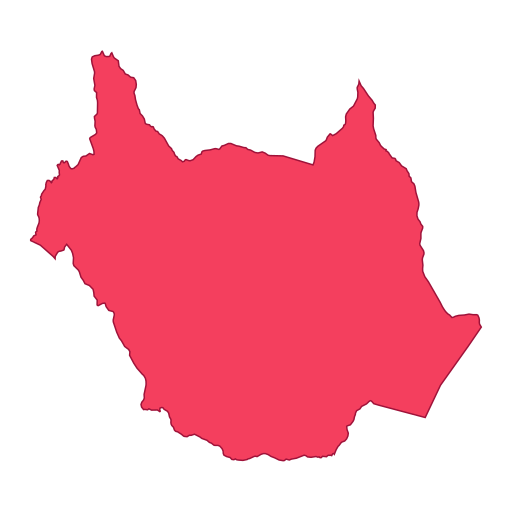 outline of Chambo, Chimborazo, Ecuador
{"feature_id": "8360857B64832470835751", "entity_name": "Chambo", "entity_type": "district", "adm_level": 2, "iso_a3": "ECU", "parent_name": "Ecuador", "parent_adm1": "Chimborazo", "projection": "equal_earth", "projection_center": [-78.546, -1.744], "detail": "fine", "context": "isolated", "style": "filled", "palette": "rose", "viewbox_px": 512, "rotation_deg": 0, "n_neighbors": 0, "source": "geoboundaries", "source_scale": "gbopen_adm2", "svg_char_len": 5934}
<svg xmlns="http://www.w3.org/2000/svg" viewBox="0 0 512 512"><path d="M428.4,281.8L424.8,276.7L422.7,271.3L422.6,268.8L422.9,265.2L422.3,259.9L422.5,257.9L423.9,254.2L424.0,252.9L423.5,250.7L420.0,245.2L419.7,243.7L420.9,238.5L420.9,233.4L421.1,232.3L422.7,228.0L422.7,226.4L420.9,224.1L420.0,221.7L418.0,219.1L416.9,215.7L417.0,212.3L418.1,209.0L418.8,205.6L418.9,204.0L418.7,202.1L415.9,192.4L414.9,186.2L413.9,183.8L411.5,181.7L411.0,178.6L410.7,177.6L409.2,176.4L408.9,173.6L407.0,170.7L406.2,168.7L401.6,165.9L399.2,162.6L396.0,160.7L395.6,159.2L394.9,158.4L392.1,157.9L389.1,153.7L388.8,152.9L387.3,151.4L385.9,150.8L386.1,149.6L384.2,149.0L381.3,146.3L380.4,145.2L379.2,142.7L376.3,139.2L375.9,138.2L375.8,135.4L373.7,129.0L373.1,125.9L373.4,118.3L373.1,112.4L373.5,111.0L375.2,108.2L375.3,105.0L373.8,103.2L372.1,100.3L368.3,95.8L363.5,88.5L361.1,85.7L359.1,81.1L358.8,84.2L357.2,87.4L357.2,88.8L357.9,92.5L357.7,97.0L357.3,98.8L353.5,106.1L349.8,109.0L346.3,114.0L345.6,116.8L345.8,120.7L345.6,123.2L345.2,124.3L344.7,124.8L343.9,125.1L343.5,126.8L342.5,128.2L336.2,133.7L332.7,135.6L330.5,133.9L330.0,133.9L327.3,137.2L326.4,139.7L325.7,140.8L317.8,146.3L316.1,148.1L315.2,150.2L315.0,156.7L314.1,162.1L313.0,164.9L283.1,155.9L269.8,155.6L268.0,155.2L265.3,153.2L262.2,151.9L258.0,153.0L254.8,152.4L250.6,150.1L247.7,149.4L245.9,147.7L244.0,147.6L239.1,146.2L236.4,145.8L230.9,143.5L228.4,143.5L224.2,145.4L221.9,146.0L219.6,149.1L218.9,149.4L215.8,148.6L214.6,148.7L210.1,149.9L204.9,150.5L202.7,151.1L202.0,151.7L201.2,154.1L198.1,155.1L196.1,156.5L193.1,159.7L190.3,160.7L189.1,160.7L186.0,159.6L185.3,159.8L184.2,161.3L182.5,161.8L181.1,160.5L178.2,158.9L176.9,156.6L175.5,156.0L174.4,153.8L174.0,152.4L172.2,150.4L171.5,148.6L168.7,146.0L164.4,138.2L162.4,135.9L161.0,134.9L159.3,134.0L157.6,131.5L155.9,131.1L154.1,128.9L153.3,126.9L152.4,126.6L151.7,126.8L150.4,126.1L149.5,124.8L146.3,124.2L145.2,123.2L144.3,119.0L142.5,116.0L140.1,113.5L139.3,109.7L138.4,108.8L137.0,105.1L135.5,99.6L134.9,95.6L134.0,93.0L134.1,91.5L136.0,87.6L136.3,84.5L135.7,80.6L133.7,77.7L130.6,77.2L128.0,74.9L125.3,74.0L123.2,70.4L120.6,68.6L119.0,66.3L118.3,60.8L114.3,58.0L113.4,56.6L111.8,52.8L111.0,53.5L109.8,56.2L109.0,56.5L106.4,56.6L104.4,55.8L102.4,51.3L101.8,51.5L100.2,54.5L98.3,55.2L94.8,55.7L92.4,56.8L92.1,57.2L91.5,59.2L92.1,63.6L94.5,71.6L94.6,73.1L93.7,78.5L94.9,85.4L94.1,89.0L94.4,90.6L96.6,92.6L96.5,97.4L97.4,100.3L97.6,102.8L97.4,113.1L96.9,114.1L94.4,116.5L94.5,118.2L95.1,121.2L94.9,125.8L95.2,127.2L96.3,129.4L96.7,132.9L95.5,134.4L90.6,137.3L90.1,137.7L89.7,138.8L93.3,148.7L94.0,151.8L94.0,154.4L92.9,154.7L89.5,153.5L85.9,156.0L83.3,156.3L82.2,156.9L81.2,157.7L78.1,164.6L75.6,166.9L74.5,167.6L74.2,168.2L72.2,168.8L71.1,168.7L69.9,167.5L68.9,165.8L68.4,164.1L67.3,161.5L66.5,161.2L66.0,161.2L64.5,162.7L63.7,162.7L63.2,162.1L62.8,160.9L61.5,161.0L59.8,164.4L59.1,164.9L58.4,164.4L57.8,164.6L57.2,165.4L59.3,170.4L59.2,172.4L59.5,174.9L59.1,175.6L57.8,176.5L57.8,177.9L57.3,178.7L56.9,178.7L55.9,177.5L54.3,177.5L53.8,179.3L52.0,181.0L51.9,182.1L51.3,182.7L50.3,181.3L49.0,180.4L47.3,180.5L46.3,182.5L45.8,184.6L45.9,186.0L45.3,189.0L44.7,189.9L44.1,190.4L41.6,194.2L41.4,195.7L40.6,196.8L40.5,197.3L41.2,199.3L39.8,202.6L39.3,205.0L38.3,207.4L37.6,214.0L37.7,214.8L38.8,217.0L39.2,218.7L39.3,220.8L39.0,223.0L37.3,227.3L36.8,229.1L36.9,231.1L36.1,231.6L35.6,232.4L36.0,234.8L33.7,235.9L32.5,237.8L30.7,239.4L30.7,240.6L40.4,245.2L53.2,256.5L55.1,258.7L55.2,256.4L57.7,252.2L59.3,251.2L60.7,251.1L63.6,250.1L64.0,249.8L64.6,247.0L66.7,244.3L71.4,250.3L72.6,253.4L73.5,257.7L73.2,263.5L73.9,265.7L78.2,269.9L79.3,271.7L81.0,277.2L83.3,280.4L85.0,283.7L89.4,285.5L93.1,289.3L93.8,292.7L94.1,296.1L97.2,300.1L97.1,304.6L97.4,305.4L98.3,305.6L102.4,303.4L104.8,303.1L105.3,303.7L106.1,306.6L108.8,310.4L113.0,311.5L113.6,312.2L114.3,313.9L114.2,315.4L113.2,320.0L113.3,321.9L116.7,332.1L119.3,338.0L121.5,340.8L124.7,346.5L128.6,349.4L129.9,351.7L129.6,355.3L133.9,363.4L137.1,368.3L142.4,374.3L143.7,375.4L145.4,378.3L146.0,381.0L146.1,383.8L146.0,385.4L144.1,394.4L144.3,398.1L143.5,400.1L141.8,402.2L141.0,404.5L141.6,407.1L143.6,409.6L144.8,409.4L147.6,409.8L148.9,408.8L151.5,410.1L157.4,410.0L159.8,411.6L160.2,411.2L159.7,409.4L160.0,408.1L161.7,407.5L162.9,407.7L164.1,409.3L167.5,411.3L168.7,413.2L169.5,416.9L170.8,419.2L171.0,420.1L170.9,422.8L171.2,424.3L171.9,425.6L173.5,427.3L174.4,430.0L175.2,430.9L175.9,431.4L177.6,431.8L181.5,434.3L183.6,436.1L184.4,436.4L187.1,436.7L189.3,435.3L191.2,435.3L194.5,434.2L200.0,437.0L201.8,438.4L207.0,440.3L209.4,442.4L211.5,443.2L213.8,445.1L214.9,445.4L218.0,445.4L219.8,446.1L222.1,448.7L223.1,451.0L223.3,453.6L224.0,455.2L226.7,456.6L230.1,457.5L231.8,459.4L233.9,459.7L235.4,458.9L236.5,459.7L238.0,460.0L242.9,460.4L247.2,459.5L248.2,458.8L249.5,458.6L254.2,456.4L255.4,456.2L257.1,456.6L261.1,454.3L263.3,453.6L265.4,453.6L268.2,454.6L271.0,456.4L274.6,457.8L279.1,460.0L283.2,460.7L284.4,460.5L286.1,459.1L289.3,460.0L291.4,459.1L296.4,458.2L304.1,455.2L306.0,455.7L307.5,456.9L311.0,457.3L316.0,456.5L318.0,457.2L319.0,456.8L320.1,457.7L321.3,457.6L322.5,456.3L326.6,456.7L327.6,455.6L328.3,455.3L331.1,455.3L331.7,455.6L332.6,453.9L333.1,453.6L333.7,453.5L334.3,454.3L336.2,449.6L338.1,446.3L339.1,445.4L341.1,442.7L342.0,442.0L344.7,441.0L346.6,438.9L347.9,436.0L348.3,433.2L347.0,429.5L346.7,426.4L347.1,425.9L350.4,424.8L353.0,421.4L353.9,419.6L354.5,416.6L355.3,414.7L355.5,413.1L356.6,410.7L359.9,408.9L361.6,406.4L366.5,403.9L369.2,401.3L370.1,400.8L370.7,400.7L371.7,401.3L373.8,403.7L378.9,405.2L425.2,417.5L440.5,385.2L468.5,345.8L481.3,327.1L479.5,324.0L479.3,322.1L479.4,320.1L479.0,317.9L477.8,315.2L476.8,314.7L473.2,314.7L469.0,314.1L464.4,315.0L458.8,315.4L455.3,316.3L453.3,317.3L451.9,317.5L449.7,315.1L447.7,313.8L445.5,311.5L444.1,309.5L442.4,306.8L440.1,302.2L428.4,281.8Z" fill="#f43f5e" stroke="#9f1239" stroke-width="1.5"/></svg>